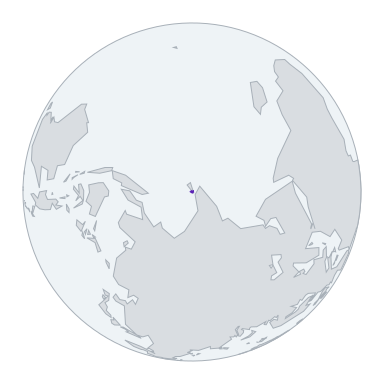 the Earth from above Mulativ, rotated 165°
{"feature_id": "LKA-2458", "entity_name": "Mulativ", "entity_type": "District", "adm_level": 1, "iso_a3": "LKA", "parent_name": "Sri Lanka", "parent_adm1": "", "projection": "orthographic", "projection_center": [80.639, 9.196], "detail": "fine", "context": "on_globe", "style": "filled", "palette": "violet", "viewbox_px": 384, "rotation_deg": 165, "n_neighbors": 0, "source": "natural_earth", "source_scale": "10m", "svg_char_len": 8798}
<svg xmlns="http://www.w3.org/2000/svg" viewBox="0 0 384 384"><g transform="rotate(165 192 192)"><circle cx="192" cy="192" r="169" fill="#eef3f6" stroke="#a8b0b8"/><path d="M250.1,33.3L249.5,33.1L245.8,31.8L250.1,33.3ZM263.7,39.0L263.1,38.8L263.1,38.7L263.7,39.0ZM261.7,38.1L259.2,37.5L262.5,39.0L251.8,34.8L257.5,36.4L256.9,36.0L259.2,37.1L261.7,38.1ZM246.4,32.8L244.7,32.4L245.1,32.3L246.4,32.8ZM189.7,23.1L188.9,23.1L187.6,23.1L189.7,23.1ZM40.9,116.5L55.1,95.8L55.0,98.7L64.9,97.8L65.4,99.4L59.8,106.8L63.7,119.0L70.2,113.2L78.1,120.8L86.3,122.0L97.0,107.9L83.8,105.5L85.8,98.1L100.0,94.0L112.3,97.1L113.5,94.4L109.4,87.2L116.0,83.2L108.4,84.5L108.7,87.5L104.0,88.6L103.5,86.0L105.8,84.6L103.2,82.8L92.7,91.1L91.8,95.0L82.6,95.1L80.3,101.9L76.5,104.5L79.0,94.1L81.6,90.7L83.1,79.8L79.4,83.2L77.8,94.1L76.7,92.9L71.8,98.5L74.6,93.3L77.3,81.4L71.5,82.3L57.6,95.1L55.5,95.6L56.8,92.1L68.5,78.2L71.7,78.8L75.9,74.7L80.8,68.2L81.4,69.2L83.8,66.9L85.6,67.2L93.6,62.6L96.2,62.7L104.7,56.5L107.2,55.9L101.5,59.6L98.9,62.6L106.0,64.0L109.0,62.9L113.9,58.9L115.3,60.2L119.2,56.2L125.9,55.9L120.9,53.3L126.6,49.4L133.6,47.2L134.6,45.6L123.2,49.4L119.5,51.4L117.7,53.8L106.8,60.0L103.1,60.6L111.2,53.0L107.0,53.3L115.1,47.9L140.8,39.9L148.8,39.4L150.7,45.9L145.8,47.8L142.6,46.1L140.6,50.9L143.1,48.9L144.3,50.2L150.0,47.5L151.1,48.3L154.7,44.6L156.6,45.3L154.3,47.7L164.4,45.1L169.9,46.4L171.7,45.5L172.0,44.2L178.8,47.1L179.8,46.3L177.9,45.0L178.8,42.8L182.8,40.2L185.0,41.3L183.8,42.4L184.5,46.8L181.0,50.0L182.2,50.2L185.8,47.8L184.9,42.4L186.8,40.6L187.9,42.9L187.7,41.9L189.3,41.3L192.8,42.1L191.9,39.6L206.5,34.3L214.8,35.8L214.2,38.0L226.6,37.3L235.0,40.1L233.3,38.7L238.1,38.2L235.5,37.3L235.1,36.6L246.2,36.2L250.5,37.4L253.4,36.8L252.5,36.2L249.5,35.2L251.8,34.8L262.5,39.0L263.9,40.0L269.6,42.4L272.1,44.5L276.8,47.8L276.2,49.4L279.9,52.3L281.7,53.0L288.2,57.9L295.2,66.4L281.6,56.2L269.4,45.3L273.7,49.2L270.4,47.6L270.4,48.6L273.6,51.8L275.5,52.5L268.4,55.6L271.4,64.9L277.0,64.8L282.3,68.2L290.5,81.4L286.8,99.5L293.8,106.4L295.5,110.8L292.0,113.3L289.6,106.8L284.5,104.3L283.6,100.6L277.3,103.3L275.7,98.1L271.5,103.2L275.1,107.4L281.3,106.6L278.3,113.9L286.8,121.6L289.8,131.1L281.9,147.7L271.0,152.9L270.7,156.0L265.4,152.5L259.8,158.6L270.9,176.3L271.1,181.5L261.3,191.4L260.9,187.5L246.8,178.1L245.1,190.5L255.9,200.8L259.6,213.0L251.8,209.2L247.9,198.5L242.9,194.9L243.5,184.1L238.0,168.2L230.0,171.1L230.0,164.8L221.1,151.9L209.4,155.9L191.1,172.3L189.7,188.6L183.0,195.6L171.9,171.8L170.1,156.2L164.1,157.4L154.4,144.0L131.9,141.9L130.5,137.8L125.9,139.4L119.3,134.9L117.8,128.3L113.0,128.4L117.5,145.7L122.9,145.9L129.8,139.9L129.8,146.0L136.4,152.0L122.9,165.9L92.4,176.5L92.4,164.2L84.7,130.1L86.6,126.7L86.7,126.3L86.8,125.5L83.0,131.0L82.7,124.6L83.6,147.6L82.5,157.4L91.9,177.2L90.3,178.9L94.3,183.2L110.6,180.2L110.0,184.3L100.5,202.3L80.6,225.8L84.9,243.4L86.5,258.0L77.9,266.2L82.6,277.5L78.8,280.7L81.1,286.9L80.3,292.9L77.4,298.0L68.2,296.0L64.5,290.2L55.2,278.0L40.9,249.1L39.9,237.1L37.7,227.1L31.5,203.6L32.6,191.9L31.7,186.4L29.4,186.7L28.8,180.1L27.7,179.4L23.6,180.0L24.0,174.3L25.7,162.3L28.2,150.5L31.6,138.9L35.8,127.5L40.9,116.5ZM44.0,111.8L42.4,114.8L44.0,111.8ZM122.2,108.5L131.5,110.4L132.6,100.9L136.3,101.0L135.3,98.0L132.6,100.3L131.0,92.2L136.9,90.4L138.5,86.7L135.4,85.9L124.8,90.8L127.0,102.0L122.7,105.3L122.2,108.5ZM95.5,55.6L94.2,57.1L90.8,59.5L87.6,60.7L92.4,57.2L95.5,55.6ZM93.3,58.9L102.2,51.7L104.6,51.1L101.7,52.6L102.4,52.9L98.0,55.4L91.6,62.4L88.2,65.0L84.0,65.0L87.2,63.3L88.2,61.8L93.3,58.9ZM120.7,39.1L124.6,37.2L124.8,38.1L121.1,39.8L117.6,40.8L119.8,39.4L120.7,39.1ZM175.1,23.9L174.8,23.9L176.9,23.7L177.2,23.9L172.0,24.7L174.8,24.5L175.2,24.9L171.0,25.9L170.8,25.3L166.4,26.9L163.7,26.8L163.3,27.0L159.6,27.5L154.4,28.5L153.8,28.4L152.1,28.9L149.6,29.4L147.0,30.2L145.0,30.3L141.6,31.4L142.6,30.9L137.4,32.7L140.3,31.5L137.3,32.4L136.0,33.1L133.4,33.5L147.0,29.1L160.9,25.9L175.1,23.9ZM184.1,23.2L183.6,23.3L188.8,23.1L183.1,23.5L178.8,23.8L179.8,23.5L184.1,23.2ZM68.7,97.0L69.6,97.6L71.6,97.7L68.6,101.5L68.7,97.0ZM70.3,88.8L71.5,88.6L68.2,93.5L67.3,93.0L70.3,88.8ZM75.0,84.6L71.8,88.2L73.0,86.0L75.0,84.6ZM102.9,59.3L104.5,59.1L103.5,60.1L101.4,61.4L102.9,59.3ZM157.5,32.4L158.1,31.6L159.2,31.4L163.4,29.6L165.8,29.8L164.2,31.0L157.5,32.4ZM93.2,110.0L89.2,112.3L88.7,110.8L90.1,110.2L93.2,110.0ZM77.0,106.6L79.4,109.2L76.2,107.6L77.0,106.6ZM160.8,32.3L162.3,31.5L162.6,32.1L160.8,32.3ZM167.8,29.9L168.6,30.5L166.6,29.6L167.8,29.9ZM169.3,334.6L172.4,336.4L169.5,336.4L169.3,334.6ZM110.1,258.3L107.3,282.7L100.7,282.1L96.9,274.5L96.2,259.5L103.1,256.0L105.8,249.3L110.1,258.3ZM295.3,240.6L299.3,241.2L299.0,242.0L295.3,240.6ZM291.3,238.0L295.9,238.1L290.3,239.7L291.3,238.0ZM297.7,238.2L302.4,236.6L304.5,235.3L304.0,236.9L297.7,238.2ZM288.0,238.1L269.7,238.2L262.2,236.2L264.1,233.4L276.2,234.0L288.0,238.1ZM263.5,233.3L251.8,225.4L234.5,202.1L240.8,202.5L258.6,216.5L257.5,219.0L264.6,225.3L263.5,233.3ZM291.1,218.2L289.9,225.6L279.9,225.1L275.3,224.0L272.1,214.6L273.9,209.8L277.8,209.9L291.7,193.4L296.8,197.3L292.8,204.2L296.8,210.5L291.1,218.2ZM190.6,190.1L194.9,200.0L191.1,201.5L190.6,190.1ZM296.6,182.1L291.5,189.2L296.0,179.7L296.6,182.1ZM298.8,173.2L299.5,176.8L296.9,173.4L298.8,173.2ZM271.3,160.8L267.3,161.7L266.8,159.2L271.7,156.7L271.3,160.8ZM291.9,139.2L293.2,146.3L292.9,148.8L290.4,144.5L291.9,139.2ZM183.3,36.3L174.8,38.2L170.2,40.4L170.1,42.8L166.6,40.6L173.6,37.1L183.3,36.3ZM203.4,34.3L203.4,32.7L205.8,33.2L206.2,33.7L203.4,34.3ZM201.7,33.4L197.2,32.0L198.8,31.1L202.0,32.4L201.7,33.4ZM178.7,31.2L176.0,31.7L175.8,31.0L178.7,31.2ZM303.4,315.1L307.2,309.7L310.2,308.9L305.6,313.8L303.4,315.1ZM303.5,293.7L276.0,305.4L270.9,304.2L274.3,299.6L274.0,285.8L275.8,286.1L277.3,276.7L294.7,267.6L307.9,251.5L315.2,252.2L322.1,240.6L328.8,241.1L325.5,250.2L330.8,255.8L338.4,235.4L337.7,256.7L338.9,264.1L334.5,277.6L317.6,300.9L311.6,305.7L312.2,303.7L309.3,306.1L307.3,305.4L309.7,298.1L306.6,300.6L311.2,294.9L306.0,300.0L306.6,295.4L303.5,293.7ZM348.2,256.4L348.4,255.9L349.6,252.3L349.5,252.8L348.3,256.1L348.2,256.4ZM354.2,239.2L353.8,240.5L353.7,241.1L354.2,239.2ZM354.3,238.8L354.9,236.6L354.3,238.8L354.3,238.8ZM355.9,227.4L356.3,226.3L356.2,227.1L355.9,227.4ZM305.0,241.1L310.8,235.2L313.6,234.7L305.0,241.1ZM356.0,225.1L355.5,225.0L355.7,223.8L356.0,225.1ZM356.5,222.4L356.6,220.8L356.4,224.6L356.5,222.4ZM355.7,218.9L356.2,221.7L355.6,219.3L355.7,218.9ZM355.2,219.4L354.7,218.2L354.8,217.7L355.2,219.4ZM345.7,222.3L348.1,231.7L345.4,231.6L342.6,225.8L339.2,231.5L332.1,231.0L334.2,227.4L333.5,222.2L325.4,220.4L323.8,217.1L326.9,214.7L321.2,212.1L327.5,210.4L329.9,217.3L333.3,211.7L338.7,212.9L343.4,215.1L346.7,220.2L345.7,222.3ZM327.0,225.8L328.0,225.8L327.0,227.9L327.0,225.8ZM353.7,214.4L354.4,217.8L354.2,218.6L353.8,218.1L353.7,214.4ZM347.5,218.9L351.2,212.9L352.0,213.0L349.4,219.7L347.5,218.9ZM350.6,209.2L352.1,209.9L352.6,213.2L352.3,214.1L350.6,209.2ZM314.1,219.7L313.8,221.7L312.0,220.2L314.1,219.7ZM316.4,218.5L321.5,220.5L315.9,220.2L316.4,218.5ZM299.6,212.1L301.2,216.7L306.6,213.6L302.5,218.0L305.8,225.4L304.5,228.3L301.2,220.2L299.6,228.7L297.2,228.6L296.2,221.4L298.8,212.5L301.1,208.8L310.6,207.1L299.6,212.1ZM316.5,212.9L315.1,207.5L316.1,204.0L317.6,206.8L316.5,212.9ZM310.4,194.9L306.1,188.8L302.6,191.3L309.3,182.6L312.4,189.8L310.4,194.9ZM306.1,181.6L302.9,183.7L305.9,178.7L306.1,181.6ZM301.8,181.7L301.0,177.5L303.8,178.0L301.8,181.7ZM307.9,181.7L307.8,174.6L309.6,178.7L307.9,181.7ZM298.7,168.2L305.4,174.9L297.4,172.1L295.2,158.7L298.4,158.3L298.7,168.2ZM304.6,115.8L302.7,112.3L305.1,111.5L305.7,114.1L304.6,115.8ZM311.2,107.2L305.1,110.2L300.0,113.3L302.5,114.9L303.0,120.9L298.2,115.3L300.5,108.9L304.7,107.7L303.5,102.9L305.5,99.8L302.3,94.0L302.6,91.7L306.8,96.7L311.2,107.2ZM300.7,91.6L295.8,82.0L301.2,83.6L303.4,86.0L303.4,89.7L300.6,88.6L300.7,91.6ZM296.2,80.3L293.4,79.3L280.3,66.1L278.9,63.8L291.7,73.9L289.7,73.7L292.0,76.8L296.2,80.3ZM246.2,33.0L244.9,32.4L246.7,33.0L246.2,33.0ZM233.5,36.1L233.3,35.4L235.5,35.9L233.5,36.1ZM233.6,33.7L231.3,33.6L232.9,33.2L233.6,33.7ZM226.4,33.8L230.0,33.4L227.8,34.5L226.4,33.8Z" fill="#d9dde1" stroke="#a8b0b8" stroke-width="1"/><path d="M192.0,191.2L192.3,191.5L192.5,191.7L192.4,191.7L192.4,191.8L192.5,191.9L192.7,192.1L192.7,192.3L192.7,192.2L192.8,192.3L192.9,192.5L192.7,192.5L192.8,192.6L192.7,192.6L192.4,192.8L192.4,192.6L192.2,192.4L192.2,192.5L192.1,192.4L192.0,192.2L191.9,192.2L191.8,192.3L191.7,192.3L191.5,192.2L191.4,192.2L191.3,192.3L191.4,192.5L191.1,192.7L190.6,192.7L190.7,192.4L190.8,192.4L190.8,192.2L190.7,192.1L190.7,191.9L190.8,191.9L190.8,191.7L191.1,191.7L191.3,191.7L191.5,191.6L191.7,191.4L191.8,191.5L191.8,191.4L192.0,191.2L192.0,191.2Z" fill="#8b5cf6" stroke="#5b21b6" stroke-width="1.5"/></g></svg>